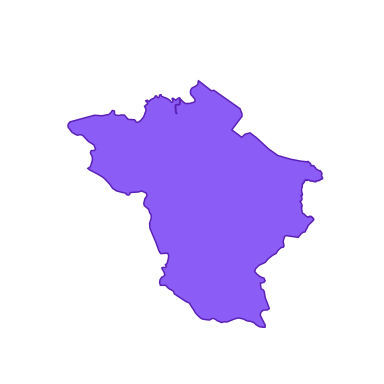 Ngerutchei, Ngeremlengui, Palau, rotated 127°
{"feature_id": "81905179B75346360802885", "entity_name": "Ngerutchei", "entity_type": "district", "adm_level": 2, "iso_a3": "PLW", "parent_name": "Palau", "parent_adm1": "Ngeremlengui", "projection": "natural_earth1", "projection_center": [134.542, 7.526], "detail": "fine", "context": "isolated", "style": "filled", "palette": "violet", "viewbox_px": 384, "rotation_deg": 127, "n_neighbors": 0, "source": "geoboundaries", "source_scale": "gbopen_adm2", "svg_char_len": 5876}
<svg xmlns="http://www.w3.org/2000/svg" viewBox="0 0 384 384"><g transform="rotate(127 192 192)"><path d="M285.9,161.6L282.4,156.9L283.1,152.5L282.4,146.9L284.0,144.8L283.1,130.7L282.3,127.2L284.5,121.7L285.0,119.9L286.6,116.1L287.4,111.2L287.4,107.8L285.8,104.5L283.7,101.0L282.6,100.4L281.3,100.0L280.3,99.1L279.6,97.1L279.6,94.1L278.9,92.1L278.7,90.3L277.9,89.3L276.6,88.6L274.7,85.8L267.6,81.5L264.6,79.1L263.3,76.3L262.5,74.4L262.0,71.4L261.5,69.9L259.9,67.0L259.0,63.6L259.5,61.0L259.0,57.0L257.3,54.0L256.1,52.3L254.3,53.3L249.5,63.1L246.9,64.6L243.3,63.9L241.1,61.0L238.7,60.1L237.4,61.8L232.5,69.7L228.0,74.5L227.4,75.9L227.7,78.6L223.7,82.6L222.8,81.7L220.8,80.2L219.0,80.1L217.5,82.6L218.6,86.3L218.6,90.7L217.7,94.2L214.8,95.0L210.4,94.5L204.0,91.1L199.9,91.1L194.2,89.6L190.5,87.9L188.6,88.1L186.5,88.1L183.0,87.5L181.2,85.9L179.9,85.9L176.4,89.6L171.8,91.3L170.6,90.8L169.6,89.8L168.7,87.8L164.3,79.9L159.7,79.7L157.3,79.0L155.6,77.6L153.4,78.3L151.4,78.4L148.8,79.1L142.4,78.1L141.2,78.1L140.9,78.2L140.8,78.3L140.6,78.3L140.4,78.4L140.1,79.1L140.3,79.5L140.0,79.6L140.1,80.3L139.9,80.6L140.0,80.9L139.8,81.2L139.7,81.9L140.5,83.4L141.2,83.8L141.6,83.9L141.6,83.7L141.9,83.9L142.2,84.1L142.3,84.6L142.5,84.7L142.4,85.1L142.5,86.0L142.6,86.3L142.5,86.6L142.5,87.0L142.3,87.5L142.4,88.3L142.3,88.6L142.1,89.6L142.5,90.4L142.2,91.5L141.9,91.9L141.2,92.5L141.0,92.9L140.4,93.3L140.2,93.9L139.6,94.1L139.2,94.5L138.9,94.6L138.8,94.8L138.5,95.0L138.3,95.4L138.2,95.2L137.6,95.3L137.4,95.6L136.9,95.9L136.7,96.1L136.4,96.0L135.9,96.6L135.8,97.1L135.1,98.1L134.8,98.8L134.9,99.2L134.7,99.3L134.5,100.1L134.1,100.7L134.3,100.1L133.6,99.7L133.2,99.9L132.9,99.6L132.6,99.5L131.5,99.9L131.4,100.1L130.8,100.5L130.4,100.9L129.9,102.0L129.1,102.8L128.8,102.7L128.8,102.2L128.6,102.0L128.4,102.1L128.2,102.0L127.4,102.4L126.6,103.3L126.2,104.2L125.5,104.7L124.9,105.5L124.4,105.7L123.4,106.4L122.3,106.8L121.9,106.8L121.3,107.3L121.1,107.3L119.7,108.4L119.3,108.3L119.2,108.4L119.2,108.6L118.9,108.4L118.4,108.3L118.1,108.4L117.8,108.7L117.7,108.7L117.6,108.4L117.1,108.2L116.5,108.3L116.3,108.4L115.9,108.4L115.2,108.6L115.2,108.8L114.9,108.6L113.9,108.8L113.7,108.7L114.0,108.3L113.9,107.8L113.4,107.1L113.1,107.1L113.1,106.9L112.7,107.0L112.6,106.8L112.7,106.6L112.1,105.9L112.0,105.6L112.1,104.8L112.1,104.2L111.8,103.9L111.7,103.5L111.3,103.4L110.9,103.0L110.6,101.6L109.7,99.7L109.3,99.2L109.0,99.2L108.6,99.4L108.3,99.6L107.6,99.0L107.5,98.2L107.2,97.9L106.4,97.5L106.1,97.5L106.3,97.4L105.4,96.9L105.0,97.1L104.4,96.9L104.2,96.5L103.6,96.0L102.7,96.1L102.6,95.9L101.8,96.7L101.5,97.8L101.3,97.9L101.1,98.2L100.7,98.6L99.6,99.0L98.9,99.5L97.9,102.0L97.9,102.3L98.0,102.7L98.3,102.9L98.9,102.9L98.5,103.0L98.4,103.2L98.5,103.8L98.7,104.4L98.8,106.0L99.0,106.4L98.8,106.9L98.8,107.2L98.6,107.4L98.3,108.0L98.3,109.0L97.8,110.0L97.9,110.9L98.3,111.7L99.2,112.4L99.4,112.7L99.1,112.8L98.8,113.1L98.5,114.1L98.1,114.3L97.9,114.6L97.9,116.6L97.8,117.1L97.7,117.5L97.8,117.8L98.3,117.7L101.9,123.7L106.6,133.3L111.2,145.3L111.5,156.9L109.9,172.7L109.8,181.2L113.7,184.3L118.4,185.3L118.4,197.6L101.5,197.6L99.5,199.1L96.6,203.8L97.6,235.7L99.5,237.4L99.2,253.7L99.8,253.7L100.3,253.4L100.9,253.1L101.1,252.5L103.5,252.2L106.1,253.1L108.3,254.3L109.4,254.6L110.1,254.6L112.0,254.1L112.7,253.7L113.5,253.2L113.9,252.6L114.4,252.2L114.9,251.3L116.0,245.9L116.5,245.2L117.1,244.6L118.5,244.1L120.8,245.7L121.4,246.3L122.0,246.5L123.6,248.3L124.3,249.2L124.6,249.4L124.9,249.8L125.2,250.6L125.3,251.1L125.3,252.9L125.2,254.7L125.0,255.1L125.1,255.4L124.8,256.3L124.9,256.7L125.4,256.8L126.2,256.5L128.2,254.9L129.2,254.4L130.2,254.8L130.9,255.5L132.0,257.1L132.3,257.1L132.7,257.0L133.1,256.8L134.9,255.3L137.5,252.9L138.1,252.2L138.5,251.0L138.7,252.1L138.5,252.5L138.0,253.1L134.5,256.3L132.9,257.5L132.0,257.5L131.2,256.7L130.1,255.3L129.7,255.0L128.9,255.0L127.2,256.2L126.8,256.7L125.8,257.2L124.7,257.6L124.3,257.9L124.2,258.4L124.3,258.7L124.9,259.2L126.1,259.7L127.8,260.0L127.8,260.3L128.5,260.5L128.6,261.3L128.5,262.9L128.7,263.8L129.2,264.1L129.8,263.8L130.4,262.6L130.9,262.0L132.1,261.8L132.5,262.2L132.7,262.9L132.1,265.1L132.4,268.6L133.8,273.3L133.6,274.4L133.0,275.3L133.4,275.9L133.9,276.1L134.9,275.9L135.8,275.4L136.5,275.4L137.3,276.2L137.1,277.2L136.8,277.5L136.7,278.3L137.0,278.8L137.6,279.0L139.2,278.8L140.0,278.9L141.5,279.8L143.6,280.7L145.6,280.6L145.7,281.2L145.5,282.7L146.2,283.5L147.0,283.8L147.4,283.0L147.4,281.8L148.0,280.6L148.6,280.6L149.5,281.0L151.4,281.1L152.0,281.5L153.9,278.2L155.5,277.5L161.3,275.8L165.9,276.0L169.2,277.3L169.8,278.8L169.1,279.9L168.9,281.4L172.4,286.7L171.7,290.3L171.2,292.1L172.7,294.5L175.1,296.7L176.4,299.1L176.4,300.9L175.1,301.7L174.0,302.7L174.8,304.7L177.4,304.6L180.0,305.0L185.3,309.8L189.4,316.1L209.2,331.5L209.3,331.3L210.6,331.7L212.3,331.7L213.3,331.2L214.9,329.7L216.1,325.3L216.5,324.4L216.4,321.5L215.7,317.8L213.7,316.0L212.6,313.9L212.7,312.3L214.0,305.1L213.4,298.7L215.8,294.8L217.3,294.9L218.2,295.7L219.1,297.0L220.2,297.4L221.8,296.7L222.5,295.7L223.7,293.1L226.2,290.9L230.0,289.4L233.2,288.4L235.8,289.4L236.0,287.1L234.5,278.4L233.8,272.5L234.1,268.9L235.2,262.6L236.4,259.0L236.9,257.0L236.7,255.6L236.6,253.1L234.5,247.8L232.8,244.2L233.5,242.9L232.9,241.1L231.7,240.4L229.5,241.0L228.9,240.2L224.3,234.9L221.5,232.8L220.4,228.1L221.5,226.2L222.7,225.6L225.6,225.6L229.9,223.8L231.6,222.0L231.8,219.2L231.8,216.9L232.7,214.9L234.0,213.5L234.7,211.2L237.3,208.9L242.6,207.0L246.4,203.6L253.5,191.3L258.8,183.1L259.6,181.3L260.0,179.9L255.8,174.9L256.0,173.4L257.2,172.1L259.5,170.8L264.1,168.9L265.4,169.2L265.9,169.6L266.4,169.1L266.5,168.1L267.0,167.5L268.6,168.0L269.2,169.4L270.0,170.0L270.7,170.4L271.5,169.5L272.7,166.3L274.8,163.6L276.8,164.1L278.4,164.9L281.3,164.7L283.8,163.4L284.8,162.1L285.3,161.1L285.9,161.6Z" fill="#8b5cf6" stroke="#5b21b6" stroke-width="1.5"/></g></svg>